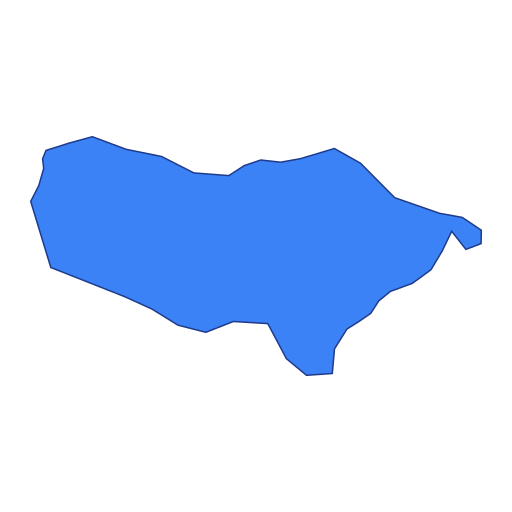 map outline of Bahoruco (Albers equal-area conic projection)
{"feature_id": "DOM-1969", "entity_name": "Bahoruco", "entity_type": "Province", "adm_level": 1, "iso_a3": "DOM", "parent_name": "Dominican Republic", "parent_adm1": "", "projection": "albers", "projection_center": [-71.289, 18.493], "detail": "fine", "context": "isolated", "style": "filled", "palette": "blue", "viewbox_px": 512, "rotation_deg": 0, "n_neighbors": 0, "source": "natural_earth", "source_scale": "10m", "svg_char_len": 652}
<svg xmlns="http://www.w3.org/2000/svg" viewBox="0 0 512 512"><path d="M205.8,332.3L178.0,325.2L152.0,309.1L124.5,296.6L50.8,267.5L30.7,201.4L38.8,185.5L43.7,168.4L42.6,158.8L46.0,150.4L69.0,143.1L92.3,136.7L126.1,149.3L161.6,156.5L193.8,172.9L228.8,175.6L244.2,165.6L260.8,160.0L280.6,162.2L300.3,158.7L334.4,148.5L360.5,163.2L394.7,197.7L439.5,213.3L462.2,217.4L481.3,230.2L481.1,243.6L465.9,249.4L451.7,231.3L442.2,251.0L431.0,269.7L412.4,283.3L390.4,291.4L378.8,300.9L370.7,313.4L359.1,321.4L347.0,329.0L334.5,348.9L332.3,373.5L306.5,375.3L286.4,358.7L267.8,323.6L233.4,321.5L205.8,332.3Z" fill="#3b82f6" stroke="#1e3a8a" stroke-width="1.5"/></svg>